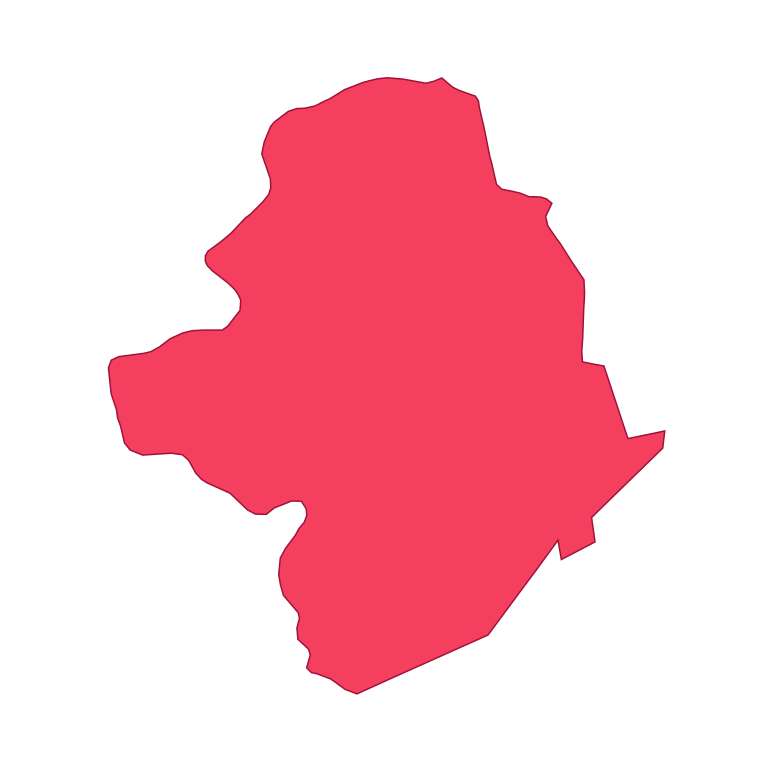 outline of Fartura do Piauí, Piauí, Brazil, rotated 82°
{"feature_id": "56859067B80687548008335", "entity_name": "Fartura do Piauí", "entity_type": "district", "adm_level": 2, "iso_a3": "BRA", "parent_name": "Brazil", "parent_adm1": "Piauí", "projection": "robinson", "projection_center": [-42.811, -9.481], "detail": "fine", "context": "isolated", "style": "filled", "palette": "rose", "viewbox_px": 768, "rotation_deg": 82, "n_neighbors": 0, "source": "geoboundaries", "source_scale": "gbopen_adm2", "svg_char_len": 1870}
<svg xmlns="http://www.w3.org/2000/svg" viewBox="0 0 768 768"><g transform="rotate(82 384 384)"><path d="M486.3,116.9L469.6,112.5L472.0,150.0L464.6,151.4L396.8,163.7L394.1,171.9L389.7,184.4L379.1,183.6L366.4,180.9L336.0,175.5L328.9,174.0L321.6,172.7L308.6,171.5L301.8,174.8L288.1,181.5L269.0,190.1L264.1,192.9L250.1,199.8L240.6,200.6L228.4,192.6L223.3,197.4L220.8,202.5L219.7,207.9L218.7,214.4L214.2,222.0L211.2,229.7L207.5,240.3L202.0,244.8L180.7,246.6L174.0,247.5L160.6,248.3L152.7,248.7L143.2,249.3L133.9,250.2L123.1,251.1L116.8,251.1L111.6,253.5L108.1,260.4L103.5,269.1L99.8,274.5L95.9,278.1L89.0,284.1L91.2,292.8L92.0,300.6L84.8,322.4L81.2,338.1L80.9,348.3L81.7,356.4L82.5,363.0L87.0,382.0L93.9,397.7L96.1,405.0L99.1,413.8L99.9,424.2L99.1,431.8L100.7,440.8L109.2,456.0L113.3,460.5L127.6,468.9L139.2,473.0L165.0,468.0L174.0,468.8L180.4,471.9L186.9,478.8L197.2,492.5L200.2,498.0L213.6,514.8L220.3,525.6L227.9,539.7L232.1,543.0L237.4,543.9L242.2,542.5L248.2,538.1L262.0,524.7L269.6,518.7L274.9,516.0L281.2,514.2L291.0,516.3L305.0,530.7L308.1,536.7L305.5,555.2L304.5,566.4L305.5,576.4L309.4,589.5L316.0,601.2L319.5,610.3L320.2,617.4L320.0,642.9L322.4,650.7L329.5,654.6L347.8,655.3L355.9,655.5L372.2,652.5L380.7,652.5L389.1,650.7L406.3,649.2L414.2,644.4L420.8,632.9L422.9,604.4L426.0,593.4L432.7,587.9L445.8,582.9L452.9,578.1L457.5,572.7L470.7,551.7L489.7,536.7L495.0,529.3L496.7,518.7L491.5,510.0L487.0,492.0L488.6,482.1L496.9,478.4L503.4,478.8L509.7,482.1L515.3,488.3L521.5,492.9L533.1,504.4L541.9,510.9L558.0,514.8L568.1,514.5L579.3,513.0L598.6,500.7L604.4,500.4L613.5,504.2L624.8,504.8L636.1,495.6L642.1,494.7L654.3,500.1L659.6,496.2L661.5,491.0L668.6,477.9L681.0,465.0L687.1,453.9L677.8,422.4L647.0,315.9L605.2,274.8L589.7,259.4L562.8,233.4L582.5,232.8L569.7,197.0L545.1,197.0L539.5,189.5L486.3,116.9Z" fill="#f43f5e" stroke="#9f1239" stroke-width="1.5"/></g></svg>